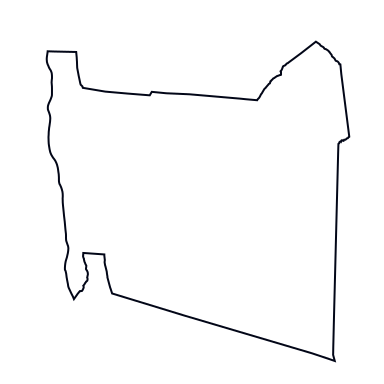 the district of Galole, Coast, Kenya, rotated 184°
{"feature_id": "3690345B71380805916784", "entity_name": "Galole", "entity_type": "district", "adm_level": 2, "iso_a3": "KEN", "parent_name": "Kenya", "parent_adm1": "Coast", "projection": "equal_earth", "projection_center": [39.8, -1.506], "detail": "fine", "context": "isolated", "style": "outline", "palette": "ink", "viewbox_px": 384, "rotation_deg": 184, "n_neighbors": 0, "source": "geoboundaries", "source_scale": "gbopen_adm2", "svg_char_len": 5980}
<svg xmlns="http://www.w3.org/2000/svg" viewBox="0 0 384 384"><g transform="rotate(184 192 192)"><path d="M37.8,33.4L39.8,39.2L39.9,39.7L39.9,40.4L40.2,46.1L40.3,48.1L41.7,78.6L49.0,242.5L49.3,250.2L48.9,250.6L48.6,250.8L48.6,251.0L48.5,251.3L48.5,251.7L48.4,252.0L48.2,252.2L48.0,252.4L47.7,252.6L47.4,252.8L47.2,252.9L47.0,252.7L46.8,252.5L46.7,252.7L46.6,253.0L46.6,253.5L46.5,253.8L46.3,254.0L46.0,254.1L45.7,254.1L44.9,253.7L44.6,253.6L44.4,253.6L44.3,253.9L44.2,254.3L44.0,254.6L43.8,254.8L42.8,254.8L42.5,254.9L41.9,255.5L41.5,256.0L41.2,256.3L40.7,256.4L40.4,256.5L40.2,256.7L39.6,257.7L39.3,257.8L39.0,258.0L39.0,258.4L39.1,258.8L51.3,320.1L52.8,329.1L52.9,329.7L53.1,329.8L53.5,329.8L53.7,329.7L53.9,329.7L54.1,330.0L54.2,330.3L54.3,330.7L54.9,331.5L55.2,331.8L55.5,332.1L56.1,332.5L56.3,332.6L56.6,332.6L57.1,332.7L57.4,332.8L57.9,333.1L58.0,333.3L58.7,334.3L59.0,334.9L59.4,335.3L60.7,336.3L61.1,336.6L61.4,336.7L61.7,337.0L61.9,337.3L62.2,338.2L62.4,338.7L62.6,338.9L63.3,339.6L63.5,339.8L63.9,340.3L64.5,341.1L64.8,341.5L65.2,341.6L65.5,342.1L66.2,342.6L66.6,342.9L68.5,343.9L68.8,343.9L69.1,343.9L69.4,344.0L70.0,344.3L70.2,344.5L70.3,344.8L70.5,345.1L71.0,345.6L71.4,345.8L73.5,346.8L74.0,347.1L74.9,348.3L75.6,348.7L78.9,350.6L92.7,338.2L105.3,327.4L105.4,327.2L105.6,327.1L106.0,327.0L106.6,326.6L106.8,326.3L107.1,325.8L107.3,325.6L107.7,325.2L107.8,324.9L108.0,324.8L108.3,324.7L108.6,324.5L109.1,324.2L109.5,324.1L109.7,323.9L109.9,323.7L110.0,323.5L110.1,323.2L110.2,322.9L110.2,322.5L110.4,322.2L110.6,321.3L110.9,320.5L111.0,320.3L111.3,319.6L111.5,319.3L111.7,319.1L111.9,318.9L112.1,318.6L112.0,318.3L111.8,318.2L111.6,318.0L111.5,316.9L111.5,316.5L111.4,315.7L111.4,315.4L111.5,315.0L111.8,314.9L112.0,315.0L112.2,314.9L112.9,314.6L113.5,314.3L114.8,313.7L115.1,313.7L115.7,313.2L116.4,312.7L116.9,312.3L117.6,311.7L117.9,311.4L118.4,311.2L118.6,311.1L118.8,310.9L119.0,310.8L119.6,309.9L119.8,309.6L120.4,309.2L120.8,308.4L121.0,308.1L121.3,308.1L121.5,307.9L121.6,307.6L121.6,307.1L121.7,306.6L121.8,306.2L121.9,305.8L122.7,305.3L123.0,305.1L123.4,304.3L123.8,303.9L124.3,303.2L125.1,302.1L125.3,301.9L125.9,300.9L126.5,300.4L126.9,299.9L127.1,299.6L128.7,296.4L129.3,295.1L129.8,294.6L129.9,294.3L130.3,293.5L130.6,292.7L131.0,291.8L131.5,290.8L131.8,290.4L132.6,289.5L133.1,288.8L133.4,288.1L144.6,288.3L150.8,288.5L157.8,288.6L201.5,289.3L224.6,288.7L239.1,289.1L240.9,285.5L263.0,285.7L285.5,286.1L308.2,288.3L308.3,288.6L308.5,289.2L308.6,289.6L308.9,289.9L310.0,290.8L310.4,291.2L310.6,291.4L310.7,291.7L311.0,292.5L311.9,295.7L313.2,300.2L314.1,303.7L315.0,307.1L315.2,308.0L315.5,310.6L315.9,314.5L316.0,315.0L316.4,318.2L317.0,321.8L317.3,323.6L327.4,323.1L340.1,322.5L345.8,322.3L345.8,321.8L345.9,320.4L346.2,316.5L346.2,314.7L346.1,313.7L346.0,313.1L345.9,312.5L345.8,311.7L345.5,310.8L345.2,310.0L344.8,309.0L344.3,308.2L343.4,306.3L342.8,305.3L341.4,303.4L341.2,303.0L340.8,302.2L340.6,301.7L340.3,301.0L340.1,300.1L339.8,298.2L339.7,296.9L339.6,295.6L339.7,294.2L339.7,293.5L339.7,292.1L339.7,291.5L339.1,287.6L338.9,285.4L338.8,283.9L338.5,279.4L338.5,278.5L338.6,277.7L338.8,276.9L338.9,276.6L339.2,275.5L339.5,274.5L340.0,273.1L340.9,270.8L341.4,269.1L341.6,268.2L341.7,267.6L341.7,266.7L341.7,266.0L341.6,265.1L341.5,264.3L341.3,263.8L341.0,263.1L340.5,262.1L339.8,260.5L339.3,259.2L339.1,258.7L339.0,258.3L338.7,257.0L338.5,255.5L338.5,254.6L338.5,253.6L338.5,252.2L338.8,248.0L339.0,245.9L339.0,244.9L339.1,241.8L339.0,239.2L339.0,236.8L338.8,234.8L338.6,232.7L338.3,230.3L337.9,228.3L337.6,227.0L337.0,224.5L336.6,223.2L336.3,222.2L336.0,221.4L335.6,220.6L335.1,219.6L334.8,219.1L333.9,217.8L333.2,216.8L332.8,216.3L331.7,215.1L331.4,214.7L330.9,214.1L330.3,213.2L329.8,212.3L329.4,211.6L328.6,209.9L328.3,209.0L327.6,206.9L327.2,205.2L326.7,202.7L326.2,200.5L326.1,199.7L325.8,197.4L325.5,193.6L325.3,192.6L324.9,191.2L324.6,190.6L324.5,190.3L324.1,189.9L322.7,187.2L322.3,186.1L322.1,185.8L321.6,184.2L321.3,183.4L321.1,182.4L320.9,181.4L320.7,179.6L320.6,178.1L320.6,176.5L320.4,174.7L320.2,172.5L319.8,169.9L319.0,165.3L318.6,163.0L318.0,159.4L316.9,153.6L315.7,146.1L314.8,141.2L314.7,140.1L314.6,139.2L314.5,137.4L314.3,136.0L314.3,135.5L314.0,134.4L313.6,133.4L313.1,132.2L312.3,130.3L311.9,129.5L311.8,129.1L311.5,127.8L311.4,127.2L311.4,126.2L311.4,124.6L311.6,122.2L311.9,120.4L312.2,118.3L313.0,114.9L313.2,113.8L313.4,112.0L313.5,110.0L313.5,107.7L313.4,106.2L313.3,105.5L312.6,104.4L311.8,101.7L311.1,98.1L310.7,96.6L310.5,95.7L309.5,92.0L309.4,91.7L309.1,90.2L308.9,89.4L308.8,89.0L308.1,87.4L307.9,87.1L305.2,82.2L303.5,79.4L302.3,76.9L299.1,82.2L298.9,82.6L298.4,83.2L297.4,84.7L296.9,85.3L296.5,85.2L296.3,85.3L296.0,85.5L295.1,85.5L294.8,85.7L294.1,87.0L293.5,88.7L293.4,89.3L293.4,89.7L293.7,90.6L293.9,90.9L293.5,91.4L293.4,91.6L293.2,91.9L292.6,92.9L292.4,93.3L292.3,93.7L292.0,94.0L291.8,94.3L291.5,94.9L291.4,95.2L291.1,95.3L290.6,95.9L290.3,96.2L290.2,96.5L290.2,96.9L290.1,97.3L290.1,97.7L290.2,98.4L290.3,98.8L290.6,99.2L290.6,99.6L290.4,100.3L290.4,100.8L290.3,101.4L290.2,101.8L290.1,102.8L290.2,103.3L290.3,103.7L290.4,104.2L290.4,104.5L290.5,104.8L290.9,105.5L291.3,106.3L291.5,106.5L292.0,107.1L292.3,107.5L292.4,107.8L292.4,108.4L292.4,108.8L292.3,109.6L292.3,110.9L292.3,111.2L292.8,111.9L292.9,112.1L293.2,112.6L293.4,112.9L293.6,113.4L293.8,113.9L294.4,114.9L294.5,115.2L294.8,116.3L295.0,116.8L295.1,117.3L295.1,117.7L295.2,118.0L295.7,118.8L295.8,119.1L296.1,120.0L296.2,120.4L296.2,120.7L296.2,121.0L296.1,121.4L296.2,121.7L296.2,121.9L296.1,122.6L296.2,123.3L296.2,123.6L290.7,123.6L287.6,123.6L284.3,123.6L275.1,123.6L275.0,122.3L274.8,121.2L274.6,120.1L274.3,118.5L274.2,118.1L274.3,116.0L274.2,115.4L274.1,115.0L273.6,112.9L273.1,111.6L271.5,106.6L271.4,106.1L271.2,104.9L271.0,104.0L270.8,103.1L270.5,102.0L270.4,100.8L270.3,100.6L267.9,93.6L267.4,92.2L267.0,91.0L266.4,89.7L264.6,85.2L191.0,68.2L60.8,39.4L43.0,34.8L37.8,33.4Z" fill="none" stroke="#020617" stroke-width="2"/></g></svg>